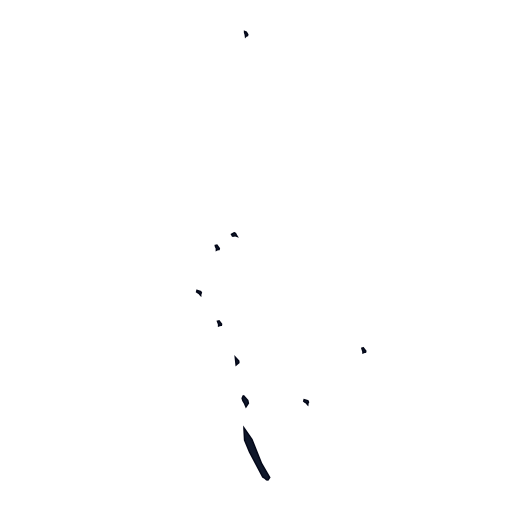 the border of Haa Dhaalu, rotated 134°
{"feature_id": "MDV-5224", "entity_name": "Haa Dhaalu", "entity_type": "Atoll", "adm_level": 1, "iso_a3": "MDV", "parent_name": "Maldives", "parent_adm1": "", "projection": "equal_earth", "projection_center": [72.994, 6.597], "detail": "fine", "context": "isolated", "style": "filled", "palette": "ink", "viewbox_px": 512, "rotation_deg": 134, "n_neighbors": 0, "source": "natural_earth", "source_scale": "10m", "svg_char_len": 1326}
<svg xmlns="http://www.w3.org/2000/svg" viewBox="0 0 512 512"><g transform="rotate(134 256 256)"><path d="M405.8,92.3L408.8,91.8L409.7,93.0L409.7,95.2L410.3,97.6L401.5,124.5L396.4,136.3L388.1,145.2L388.0,145.3L390.8,131.4L401.3,108.1L405.8,92.3ZM371.5,158.4L370.0,161.9L369.2,164.9L368.0,167.1L365.1,168.2L365.1,168.3L365.6,161.6L367.2,159.2L371.5,158.4ZM348.2,194.6L343.2,200.6L343.5,195.5L344.7,194.2L346.3,194.4L348.2,194.6ZM332.3,234.3L331.0,235.6L330.2,237.4L329.7,238.4L328.3,237.5L328.9,233.5L329.9,232.8L330.0,232.9L331.2,233.8L332.3,234.3ZM327.1,115.4L327.1,115.5L326.8,117.7L326.8,117.9L327.2,119.4L327.3,120.8L325.9,121.6L325.3,120.5L324.1,118.1L324.7,116.7L326.0,116.3L327.1,115.4ZM251.4,111.7L250.2,113.1L249.4,114.8L248.8,115.8L247.5,115.1L248.1,111.0L249.1,110.4L250.3,111.3L251.4,111.7ZM279.4,288.5L278.0,289.8L277.4,291.6L276.7,292.6L275.3,291.7L276.0,287.7L277.0,287.1L278.2,288.1L279.4,288.5ZM255.0,283.2L255.9,285.1L257.2,285.9L258.0,286.8L257.4,288.7L254.4,287.8L254.0,286.4L254.6,284.8L255.0,283.2ZM322.8,268.4L322.8,268.6L322.5,270.7L322.9,272.6L323.1,273.8L321.7,274.6L321.2,273.5L320.0,271.1L320.4,269.8L321.8,269.3L322.8,268.4ZM105.6,415.8L104.3,417.4L103.2,419.4L102.4,420.2L101.7,418.5L102.4,415.8L103.4,415.2L104.5,415.8L105.6,415.8Z" fill="#0f172a" stroke="#020617" stroke-width="1.5"/></g></svg>